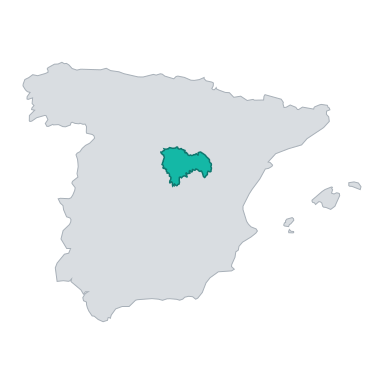 Guadalajara highlighted on a map of Spain
{"feature_id": "ESP-5822", "entity_name": "Guadalajara", "entity_type": "Autonomous Community", "adm_level": 1, "iso_a3": "ESP", "parent_name": "Spain", "parent_adm1": "", "projection": "albers", "projection_center": [-2.665, 40.739], "detail": "fine", "context": "in_parent", "style": "filled", "palette": "teal", "viewbox_px": 384, "rotation_deg": 0, "n_neighbors": 0, "source": "natural_earth", "source_scale": "10m", "svg_char_len": 8076}
<svg xmlns="http://www.w3.org/2000/svg" viewBox="0 0 384 384"><path d="M204.1,77.5L204.1,78.7L206.1,80.8L211.9,82.1L213.4,83.0L213.2,86.0L211.8,88.6L213.1,89.7L214.5,89.7L216.2,87.6L216.5,88.9L219.2,90.2L225.2,92.4L229.4,92.7L233.8,97.3L240.7,96.2L247.2,100.5L253.1,99.4L254.4,100.2L263.6,100.0L264.0,96.3L265.0,94.7L281.2,99.2L283.3,102.3L283.0,103.9L284.0,107.5L286.1,107.3L290.2,105.0L295.8,107.3L297.4,109.5L298.5,109.6L302.5,107.1L313.7,109.1L314.1,107.4L314.8,106.8L319.4,104.9L321.3,104.4L327.3,105.3L328.1,107.3L329.3,108.0L329.9,109.8L326.6,111.1L326.4,114.3L328.7,116.8L329.3,121.4L323.6,127.6L307.0,138.7L301.6,144.9L288.9,148.6L275.7,153.7L268.1,162.0L270.1,162.5L272.6,165.1L271.9,166.4L268.5,168.4L265.3,169.0L259.8,179.0L252.0,189.5L249.1,194.1L243.0,206.2L243.0,209.6L246.6,221.3L248.5,224.3L251.1,226.9L256.1,228.9L257.4,231.0L255.8,233.2L251.0,237.0L242.5,242.2L239.0,246.3L238.3,250.1L235.8,251.9L235.0,257.2L231.7,264.6L231.5,266.6L234.3,269.2L231.6,270.9L218.3,271.8L210.1,277.7L206.0,282.9L202.3,292.5L197.8,298.1L195.7,299.2L192.6,296.7L188.6,296.3L184.8,297.2L182.8,299.1L179.7,300.2L176.6,299.3L170.0,298.7L167.1,298.8L162.5,300.3L158.6,299.2L151.9,298.6L137.5,299.7L135.6,300.2L129.1,306.5L122.1,306.5L115.7,308.9L111.3,315.0L110.3,318.3L109.1,317.5L108.1,317.7L107.5,320.3L103.1,321.7L98.2,319.5L94.2,316.2L92.1,315.9L88.8,311.0L87.4,307.8L86.5,304.5L86.5,302.1L83.5,300.7L82.8,297.6L85.2,293.7L88.3,291.7L85.5,291.7L83.4,294.2L81.0,290.0L71.0,281.6L71.6,278.8L69.8,280.8L68.6,281.3L63.3,280.7L57.1,281.4L55.3,267.8L57.1,263.1L64.4,254.2L68.7,253.2L70.6,248.5L66.7,248.5L61.0,239.0L63.1,230.6L69.5,224.5L70.7,222.0L71.0,219.6L69.9,217.9L66.6,216.8L63.6,209.8L63.0,205.6L60.3,203.1L58.2,198.8L60.4,198.3L69.0,198.7L71.1,197.7L72.8,195.0L74.7,190.5L75.2,187.7L72.0,183.5L72.0,182.6L72.5,181.3L77.9,177.1L77.0,173.7L78.2,166.7L77.9,162.6L77.5,159.2L76.0,154.8L77.2,153.1L79.9,151.7L82.3,148.3L85.5,145.4L89.7,143.2L94.6,138.2L94.0,135.9L92.4,134.5L86.6,133.2L86.3,132.1L86.5,126.5L85.1,124.1L83.0,124.3L79.9,123.2L79.0,123.8L75.0,123.4L72.1,122.2L70.9,123.0L70.4,125.0L65.5,126.8L62.8,126.6L58.5,124.6L53.4,124.9L52.8,124.4L48.4,126.4L46.9,126.4L45.3,123.5L47.9,119.6L46.1,115.7L44.8,115.4L36.7,117.7L31.8,121.1L29.9,121.5L29.3,120.8L29.4,115.5L34.7,110.2L31.6,109.6L31.9,108.0L34.0,105.6L32.1,103.5L32.6,97.9L28.1,99.4L27.0,99.0L27.1,96.7L30.1,92.4L27.4,91.7L25.4,89.8L23.0,85.9L23.2,84.0L24.9,79.5L28.8,77.6L32.7,74.7L37.7,75.7L45.3,73.5L48.0,72.3L48.0,70.4L47.2,68.9L48.1,67.6L54.4,64.2L58.1,64.0L61.9,62.3L64.3,63.7L66.5,63.4L69.0,65.0L72.1,68.5L76.9,70.1L80.8,69.2L100.6,69.8L106.3,68.3L110.6,70.6L119.0,71.8L124.0,73.7L138.0,76.9L143.1,77.0L153.4,74.4L156.2,75.1L160.3,73.8L162.2,74.1L164.8,76.1L173.8,78.8L176.1,76.5L177.9,76.1L184.4,77.4L190.9,80.2L194.3,80.4L199.3,79.6L204.1,77.5ZM331.5,193.1L334.0,194.0L336.5,192.8L337.9,193.0L339.3,193.5L339.7,195.6L334.9,206.3L330.7,209.4L326.1,207.5L323.5,207.1L322.7,206.3L321.8,203.0L320.6,202.0L318.9,201.6L315.6,204.5L314.4,202.8L312.8,202.5L312.1,201.5L312.0,200.2L322.1,191.5L325.1,189.5L331.4,187.0L332.4,187.3L331.7,188.6L332.6,189.7L331.5,193.1ZM361.0,186.7L360.2,189.6L352.0,186.4L349.5,186.2L348.8,185.6L348.8,182.7L354.0,181.9L358.4,183.0L361.0,186.7ZM289.4,224.5L288.6,226.6L284.6,226.0L283.7,225.2L284.4,222.9L285.6,222.5L285.5,220.9L286.7,219.2L292.2,217.6L293.5,218.7L293.8,220.3L290.7,223.9L289.4,224.5ZM293.7,232.5L293.1,232.9L288.8,232.7L288.6,231.4L289.4,229.5L291.1,231.3L293.6,231.5L293.7,232.5Z" fill="#d9dde1" stroke="#a8b0b8" stroke-width="1"/><path d="M200.2,171.4L199.9,171.4L199.0,171.0L197.6,169.6L196.1,169.0L195.8,169.0L195.6,169.6L195.5,169.9L195.3,170.0L194.9,170.2L194.4,170.2L193.6,169.9L192.8,169.5L192.5,169.5L192.4,169.9L192.4,170.8L192.4,171.2L192.2,171.5L192.0,171.8L191.7,171.9L191.4,171.9L190.5,171.0L190.0,170.6L189.7,170.6L189.5,170.8L189.3,171.1L189.3,171.4L189.3,171.7L189.9,172.7L190.0,173.0L189.9,173.3L189.7,173.4L188.9,173.2L187.5,173.9L187.3,173.9L187.1,173.8L186.4,172.9L186.1,173.0L185.9,173.5L186.0,173.8L186.4,174.4L186.4,174.5L186.3,175.1L186.3,175.3L186.5,175.6L187.0,176.0L187.1,176.4L187.1,176.6L187.1,176.8L187.0,177.0L186.8,177.0L185.2,176.1L184.6,175.9L183.9,175.9L182.6,176.6L181.5,177.8L180.3,177.0L179.4,177.4L179.2,180.2L179.5,182.1L179.1,184.0L178.9,184.2L177.9,184.4L177.7,184.6L177.4,185.2L177.2,185.5L176.7,185.7L175.8,185.3L174.5,184.0L174.0,184.5L174.1,185.8L172.8,185.4L172.6,185.7L172.4,184.4L172.4,183.7L172.4,183.4L172.3,183.0L172.0,182.4L171.8,182.0L171.5,181.8L171.3,181.8L170.6,182.3L170.5,182.5L170.3,182.7L170.1,182.9L169.9,182.9L169.7,182.6L169.7,182.2L169.7,181.8L169.8,181.5L169.9,181.2L169.9,180.9L170.0,180.5L170.1,180.3L170.5,179.9L170.6,179.6L170.7,179.4L170.8,179.1L170.9,178.8L170.9,178.6L170.8,178.3L170.9,178.2L171.0,177.8L170.9,177.4L170.5,176.8L170.2,176.5L169.9,176.4L169.7,176.3L169.5,176.2L169.4,175.9L169.5,175.0L169.4,174.3L169.4,174.2L169.3,173.9L168.8,173.3L168.6,173.2L168.4,173.0L168.2,172.9L167.8,172.9L167.7,173.0L167.4,173.2L167.2,173.2L167.1,172.8L167.2,172.7L167.2,172.2L166.8,171.7L166.5,171.5L166.4,171.3L166.3,171.0L166.3,170.1L166.5,169.4L166.3,169.3L166.2,169.4L166.0,169.5L165.8,169.5L165.5,169.3L165.3,169.0L164.9,168.3L164.7,168.1L164.4,168.2L164.3,168.4L164.0,168.3L163.6,168.4L163.4,168.3L163.2,168.2L163.0,167.8L163.0,167.5L163.4,167.0L163.4,166.8L163.4,166.6L163.4,166.3L163.3,165.9L163.3,165.6L163.1,165.2L162.9,165.0L162.2,164.7L162.0,164.4L162.2,164.1L162.3,163.8L162.5,163.5L162.5,163.3L162.7,162.3L162.7,162.2L162.8,162.1L163.0,161.9L163.3,161.6L163.3,161.3L163.2,161.0L163.2,160.7L163.3,160.5L163.4,160.2L163.5,159.9L163.6,159.7L163.8,158.9L163.9,158.7L164.0,158.4L164.2,158.0L164.3,157.7L164.3,157.2L163.9,156.2L163.6,155.0L163.4,154.9L163.2,154.9L162.6,154.6L162.4,154.4L162.2,154.2L161.9,153.8L161.0,152.8L160.9,152.2L161.4,152.3L161.6,152.2L163.5,150.7L164.1,150.6L164.3,150.5L164.4,150.2L164.4,149.7L164.3,149.3L164.2,149.1L164.1,148.9L164.8,149.1L166.1,149.2L167.3,149.0L167.6,148.8L168.4,148.8L169.1,147.9L169.6,147.6L172.5,148.3L173.4,148.3L175.0,148.1L175.6,148.0L176.0,147.7L176.2,147.3L176.4,147.2L176.6,147.1L176.9,147.0L177.2,147.0L177.6,147.2L177.7,147.5L177.8,147.7L177.9,148.0L178.0,148.4L178.2,148.6L178.5,148.8L179.5,149.1L180.1,149.0L180.4,148.9L180.6,148.7L180.8,148.6L181.1,148.6L181.4,148.6L181.6,148.9L181.7,149.1L181.9,149.3L182.1,149.5L182.6,149.6L183.2,149.7L183.6,149.9L183.8,150.1L184.0,150.3L184.4,150.3L184.6,150.3L184.8,150.3L185.0,150.5L184.9,150.7L184.8,150.9L184.4,151.2L184.4,151.3L184.6,151.5L185.0,151.7L185.1,152.0L184.9,152.6L185.2,152.8L185.4,152.9L185.8,152.7L186.1,152.5L186.3,152.5L186.5,152.6L186.7,152.8L186.8,153.1L186.8,153.3L186.9,153.5L187.0,153.6L187.4,153.8L187.6,153.9L187.7,154.1L187.8,154.6L187.9,154.8L188.1,155.0L188.4,155.2L189.1,155.5L189.4,155.5L190.2,155.1L190.5,155.0L190.8,155.1L191.0,155.3L191.5,155.5L191.8,155.6L192.4,155.4L192.8,155.3L193.1,155.2L193.4,154.9L193.7,154.7L194.2,154.6L194.7,154.7L195.0,154.7L196.0,153.9L196.2,153.7L196.4,153.8L196.6,154.0L197.4,154.5L197.5,154.7L197.7,154.9L197.8,155.0L198.0,155.1L198.2,154.8L198.1,154.6L198.1,154.0L198.3,153.1L198.3,152.6L200.3,152.0L201.0,152.2L201.2,152.4L201.4,152.6L201.7,152.9L202.4,153.1L203.4,153.9L204.2,154.4L205.5,155.4L205.7,155.6L205.8,155.8L205.9,156.1L206.0,156.3L206.4,156.7L207.7,157.9L207.9,158.1L208.2,158.3L208.3,158.6L209.2,159.3L209.5,160.0L209.4,161.3L209.6,161.8L209.8,162.2L209.9,162.5L210.3,162.9L211.0,163.3L211.2,163.6L211.3,163.9L211.3,164.2L211.4,164.9L211.3,165.3L211.1,165.8L211.0,166.0L210.9,166.3L210.9,166.7L211.0,167.0L211.2,167.3L211.4,167.7L211.4,168.0L211.4,168.7L211.4,169.0L211.2,169.4L211.0,170.0L211.0,170.4L211.1,171.0L210.9,171.4L210.7,171.6L210.2,171.8L209.8,171.8L209.6,171.7L209.4,171.6L209.0,171.4L208.7,171.4L208.1,171.2L207.9,171.4L207.8,171.6L207.4,172.8L207.4,173.2L207.4,174.4L207.3,174.7L207.1,174.9L206.6,175.1L206.4,175.3L206.1,175.6L205.3,176.9L205.2,177.0L204.7,177.5L203.5,176.6L202.5,173.2L201.6,171.2L201.3,171.0L200.9,171.0L200.2,171.4Z" fill="#14b8a6" stroke="#0f766e" stroke-width="1.5"/></svg>